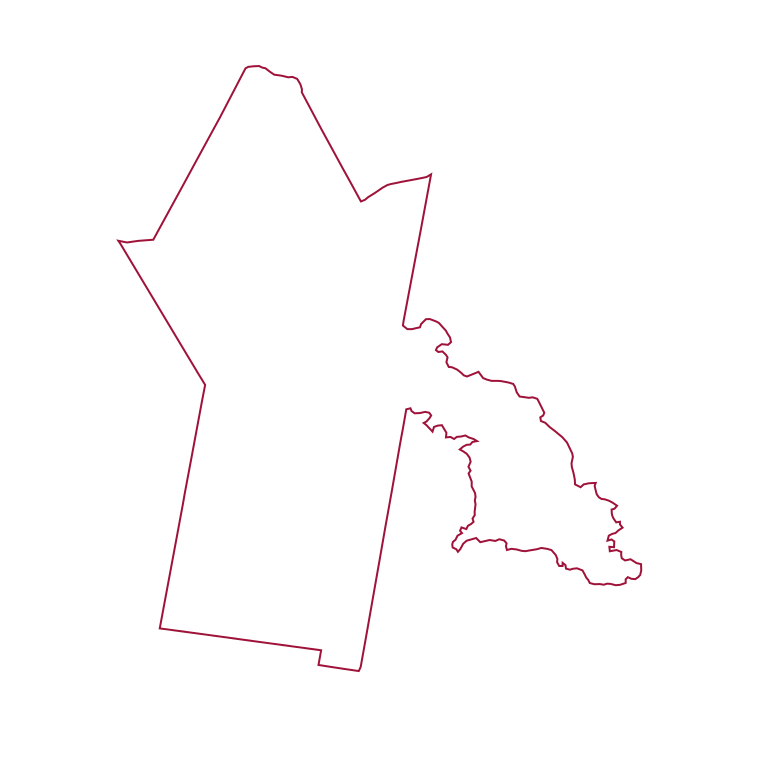 Bacabal, Maranhão, Brazil, rotated 101°
{"feature_id": "56859067B39031921407677", "entity_name": "Bacabal", "entity_type": "district", "adm_level": 2, "iso_a3": "BRA", "parent_name": "Brazil", "parent_adm1": "Maranhão", "projection": "natural_earth1", "projection_center": [-44.74, -4.12], "detail": "fine", "context": "isolated", "style": "outline", "palette": "rose", "viewbox_px": 768, "rotation_deg": 101, "n_neighbors": 0, "source": "geoboundaries", "source_scale": "gbopen_adm2", "svg_char_len": 3684}
<svg xmlns="http://www.w3.org/2000/svg" viewBox="0 0 768 768"><g transform="rotate(101 384 384)"><path d="M672.3,394.7L671.8,381.2L671.4,371.7L670.6,354.0L666.1,352.9L633.3,353.4L549.2,354.9L523.5,355.4L487.7,355.9L439.7,356.8L431.4,356.9L425.9,356.9L404.6,357.3L402.8,353.4L405.3,351.8L406.9,348.3L405.7,343.3L403.5,338.3L403.6,334.1L405.9,331.7L408.6,332.7L412.8,335.2L414.7,337.6L416.2,334.6L419.3,330.3L421.5,327.3L416.6,326.7L414.6,323.3L413.4,319.3L420.0,313.4L424.6,313.0L423.3,308.6L424.6,304.7L422.0,302.4L420.8,298.2L419.0,294.3L420.3,290.5L420.9,285.5L422.3,281.8L424.0,286.1L427.0,287.8L427.9,291.2L430.3,294.3L433.8,297.1L435.0,293.4L436.7,289.5L440.0,285.9L443.8,284.1L449.1,285.3L452.6,282.5L455.7,283.9L463.0,279.3L467.8,278.4L473.7,273.8L477.4,272.6L481.1,272.6L484.5,271.2L488.6,270.9L492.0,270.7L495.3,269.9L499.2,271.4L502.2,269.8L504.7,271.7L507.2,274.6L510.7,275.5L510.0,280.6L513.6,281.3L515.5,279.0L518.9,282.9L523.3,284.1L525.8,286.2L528.5,286.4L531.4,285.4L532.4,281.5L534.6,279.4L531.5,277.6L528.4,276.6L525.7,275.8L522.1,273.0L519.6,268.1L517.6,264.2L520.9,259.3L518.5,253.9L517.0,250.6L516.8,244.7L514.4,241.2L514.7,236.2L517.0,233.3L520.1,233.3L523.5,231.6L521.5,227.6L521.1,222.2L521.5,217.3L521.2,213.5L519.2,208.3L517.1,202.6L514.9,198.2L514.7,192.1L515.1,187.9L519.2,182.7L522.7,180.4L525.9,180.1L529.2,177.3L528.6,174.0L525.5,174.5L527.2,171.3L530.5,170.1L530.8,166.0L529.3,163.3L528.1,159.4L529.1,153.6L532.8,150.5L535.4,148.6L537.3,146.2L540.1,144.0L540.4,139.3L539.2,133.9L539.1,130.0L537.4,126.8L537.0,123.4L537.3,118.2L536.2,114.2L533.2,108.8L529.6,109.5L527.1,107.8L528.0,104.0L527.6,100.1L525.2,97.7L522.6,96.1L518.0,95.9L511.8,97.3L511.6,102.0L509.0,108.5L511.2,113.7L509.7,117.3L506.9,118.5L503.6,119.0L502.6,124.0L505.1,130.4L500.8,131.7L500.3,127.1L494.6,127.9L493.2,131.0L495.1,134.7L490.0,134.4L487.7,131.6L486.1,128.3L482.9,125.9L479.5,122.4L476.8,125.6L474.2,126.1L475.5,129.7L471.8,133.4L469.5,134.9L466.9,135.9L463.8,136.6L462.4,133.9L459.0,132.0L456.8,137.1L455.6,141.1L455.1,145.2L455.3,148.6L454.2,151.5L451.6,154.2L447.8,156.0L443.8,157.8L440.7,157.3L442.3,163.8L444.5,168.9L447.8,171.3L446.1,177.3L441.3,178.5L437.6,180.0L434.8,181.2L429.6,183.8L426.1,184.8L419.4,184.7L416.2,186.0L410.7,190.1L406.5,193.2L402.2,198.8L397.6,207.2L394.7,213.1L391.3,218.3L390.4,222.9L386.9,224.2L384.5,221.7L381.6,221.2L371.7,228.8L369.3,230.7L368.7,235.4L369.9,239.1L370.4,248.5L366.9,252.1L361.6,255.0L359.3,257.1L358.8,261.8L358.8,269.3L359.2,273.0L360.4,278.8L360.1,283.5L359.3,287.8L354.0,293.6L356.3,297.0L358.6,300.6L360.8,304.0L360.3,307.3L358.1,310.7L355.9,315.0L354.6,320.4L354.9,323.7L350.7,326.9L345.7,326.7L343.5,328.8L340.9,332.9L342.2,336.8L340.8,339.5L337.9,338.8L333.9,334.9L333.3,328.6L330.1,326.2L325.7,328.1L322.4,331.3L319.7,333.6L313.7,341.6L312.7,344.5L311.5,351.4L312.4,355.2L318.0,359.0L321.5,359.5L323.1,363.3L324.8,366.9L325.7,371.5L323.0,376.6L318.7,376.8L283.1,377.0L224.1,377.3L169.2,377.8L172.7,381.7L175.0,387.2L176.6,391.1L182.3,405.6L184.5,410.7L186.3,415.2L188.0,418.6L191.4,422.7L198.2,429.4L203.7,435.3L206.9,437.9L209.2,441.5L191.7,456.0L181.1,464.9L145.8,494.1L113.4,520.3L110.3,520.8L105.7,523.3L101.1,527.4L100.0,532.4L101.2,536.5L100.9,543.5L101.3,550.8L99.1,555.9L96.7,560.6L96.6,564.1L95.7,567.2L97.1,573.0L98.6,577.8L100.6,580.2L154.3,596.1L158.3,597.4L199.3,610.4L227.0,619.1L286.4,638.0L290.4,652.6L294.1,663.2L294.1,672.1L296.9,669.3L360.1,612.5L384.6,590.5L409.7,567.9L419.0,559.4L432.0,559.4L435.4,559.4L496.9,558.9L500.5,558.9L530.1,558.7L539.7,558.5L576.1,558.2L666.7,557.5L664.9,526.7L664.6,521.6L661.3,462.9L657.4,394.9L672.3,394.7Z" fill="none" stroke="#9f1239" stroke-width="2"/></g></svg>